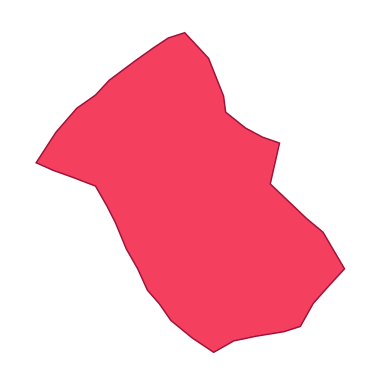 Makrasyka, Cyprus, rotated 94°
{"feature_id": "46923920B17010547008979", "entity_name": "Makrasyka", "entity_type": "district", "adm_level": 2, "iso_a3": "CYP", "parent_name": "Cyprus", "parent_adm1": "", "projection": "mercator", "projection_center": [33.756, 35.072], "detail": "fine", "context": "isolated", "style": "filled", "palette": "rose", "viewbox_px": 384, "rotation_deg": 94, "n_neighbors": 0, "source": "geoboundaries", "source_scale": "gbopen_adm2", "svg_char_len": 634}
<svg xmlns="http://www.w3.org/2000/svg" viewBox="0 0 384 384"><g transform="rotate(94 192 192)"><path d="M258.0,34.5L223.0,58.5L210.3,76.1L178.5,114.5L137.1,108.1L132.3,125.7L124.4,143.2L110.0,164.0L94.1,167.2L57.5,184.8L33.6,210.4L40.0,226.4L51.1,240.8L65.5,258.3L69.4,262.8L86.2,282.3L102.1,295.1L116.4,312.7L141.9,331.9L173.7,349.5L180.1,331.9L186.4,309.5L188.6,302.6L192.8,288.7L211.9,275.9L227.8,266.3L253.3,253.6L272.4,240.8L293.1,229.6L305.8,216.8L321.7,204.0L337.6,181.6L350.4,159.2L337.6,140.0L331.3,117.7L324.9,90.5L318.5,74.5L294.7,63.3L274.0,47.3L258.0,34.5Z" fill="#f43f5e" stroke="#9f1239" stroke-width="1.5"/></g></svg>